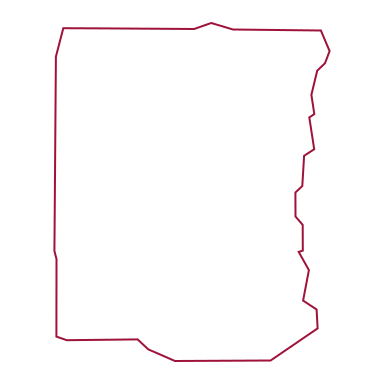 the district of Meriwether, Georgia, United States of America
{"feature_id": "52423323B31070060965001", "entity_name": "Meriwether", "entity_type": "district", "adm_level": 2, "iso_a3": "USA", "parent_name": "United States of America", "parent_adm1": "Georgia", "projection": "mercator", "projection_center": [-84.624, 33.037], "detail": "fine", "context": "isolated", "style": "outline", "palette": "rose", "viewbox_px": 384, "rotation_deg": 0, "n_neighbors": 0, "source": "geoboundaries", "source_scale": "gbopen_adm2", "svg_char_len": 528}
<svg xmlns="http://www.w3.org/2000/svg" viewBox="0 0 384 384"><path d="M320.9,30.5L233.0,29.5L211.2,23.0L194.1,29.0L105.3,28.4L63.3,28.2L55.9,56.7L54.6,228.6L54.4,250.9L56.5,259.1L56.4,336.6L66.8,340.2L137.6,339.4L148.3,349.4L175.0,361.0L270.6,360.5L317.6,328.4L316.6,309.5L303.1,300.6L308.9,270.1L298.7,251.9L302.8,250.6L302.7,224.9L295.5,216.5L295.4,192.5L302.3,186.0L304.1,155.8L314.2,149.2L309.3,117.4L314.3,114.1L311.4,94.8L317.2,70.7L325.0,63.2L329.6,51.1L320.9,30.5Z" fill="none" stroke="#9f1239" stroke-width="2"/></svg>